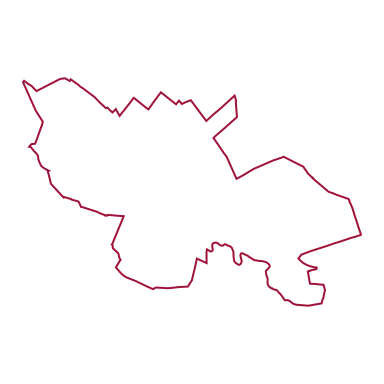 Rūjiena, Rujienas, Latvia
{"feature_id": "27541924B56820774497213", "entity_name": "Rūjiena", "entity_type": "district", "adm_level": 2, "iso_a3": "LVA", "parent_name": "Latvia", "parent_adm1": "Rujienas", "projection": "mercator", "projection_center": [25.348, 57.894], "detail": "fine", "context": "isolated", "style": "outline", "palette": "rose", "viewbox_px": 384, "rotation_deg": 0, "n_neighbors": 0, "source": "geoboundaries", "source_scale": "gbopen_adm2", "svg_char_len": 5496}
<svg xmlns="http://www.w3.org/2000/svg" viewBox="0 0 384 384"><path d="M29.2,146.8L30.5,146.9L31.9,148.3L33.5,150.5L37.0,154.2L37.5,154.9L37.9,155.8L38.2,157.5L38.3,159.0L39.4,162.1L40.3,164.1L40.9,165.5L42.3,166.9L43.6,167.9L45.4,169.0L48.9,170.8L47.8,171.3L47.9,171.7L48.7,174.6L51.0,183.9L62.2,196.1L63.5,197.3L63.6,196.9L69.2,198.5L71.5,199.2L71.6,199.6L78.4,201.5L79.4,203.3L81.1,206.9L81.3,206.8L84.5,207.8L96.5,211.6L101.0,213.7L105.1,215.1L105.0,215.5L106.9,215.7L107.1,215.3L107.6,215.3L107.8,214.9L108.1,214.9L115.8,215.6L119.7,215.9L123.7,216.2L118.0,230.1L112.1,244.4L111.9,244.6L112.1,244.7L112.2,244.8L112.3,245.0L112.5,245.4L112.7,245.9L112.8,246.4L112.7,247.4L112.8,248.0L113.2,248.5L113.7,249.0L116.4,251.6L116.5,251.5L117.3,252.3L118.4,253.7L118.6,254.5L119.3,257.6L120.3,259.7L120.5,259.8L115.9,267.3L120.0,272.2L122.9,275.1L123.0,275.2L125.8,277.0L127.1,277.7L128.4,278.1L129.4,278.6L129.5,278.6L135.6,281.0L144.4,285.2L145.9,286.0L153.1,289.2L153.3,288.9L156.1,287.5L159.4,287.7L167.0,288.2L169.7,288.1L171.2,287.9L171.9,287.9L176.5,287.3L181.6,286.9L183.6,286.8L187.9,286.6L188.1,286.3L191.6,280.7L191.8,280.4L192.0,280.1L192.0,279.9L193.1,275.3L193.9,271.7L194.9,267.8L195.0,267.1L195.8,263.7L196.9,258.6L206.6,263.1L206.5,252.0L207.0,249.4L207.7,249.8L208.5,250.3L209.4,250.9L210.5,251.4L211.7,251.3L212.4,250.7L212.7,249.6L212.7,248.5L212.4,247.5L212.3,246.1L212.2,245.4L212.3,244.6L212.6,244.0L213.1,243.5L213.6,243.1L214.6,242.7L215.6,242.6L216.7,242.8L218.0,243.4L219.2,244.5L219.9,245.0L220.8,245.4L222.0,245.7L223.2,245.5L224.1,244.6L224.9,244.2L225.5,244.3L226.6,244.9L228.1,245.8L230.0,246.2L230.6,246.7L231.7,247.7L232.0,248.2L232.5,249.6L233.4,251.6L233.6,256.4L234.0,260.1L234.6,261.7L236.0,263.2L237.1,263.8L238.0,264.5L239.0,264.9L240.4,264.2L241.4,262.6L241.7,260.9L241.2,259.0L240.7,257.1L240.4,255.2L240.8,253.8L241.9,253.1L244.0,254.1L246.8,255.3L248.9,256.6L249.2,257.0L249.7,257.2L250.2,257.6L250.7,257.9L251.7,258.4L254.1,260.1L255.8,260.4L258.5,260.8L262.1,261.1L265.6,262.0L267.9,263.3L269.6,265.1L269.7,266.8L268.7,268.0L267.6,269.3L266.2,270.4L265.8,271.7L266.0,272.5L266.3,275.1L267.2,277.2L267.7,279.1L267.6,281.2L267.5,282.9L267.7,284.1L268.2,285.2L268.7,286.0L269.3,286.9L269.4,287.0L269.5,287.1L269.8,287.3L270.0,287.3L270.2,287.5L270.3,287.5L270.5,287.7L270.7,287.8L270.9,287.9L271.0,288.0L271.3,288.1L271.5,288.2L271.7,288.3L271.9,288.4L272.0,288.4L272.0,288.5L272.3,288.6L272.5,288.7L272.8,288.8L273.0,288.9L273.0,289.0L274.5,289.6L275.7,289.9L275.8,289.9L276.0,289.9L276.3,290.0L276.5,290.0L276.9,290.3L277.0,290.4L277.2,290.6L277.3,290.8L277.4,291.0L281.1,294.9L284.5,299.8L284.7,300.0L284.9,300.1L285.0,300.2L285.4,300.2L285.6,300.3L285.7,300.2L285.9,300.2L286.0,300.2L287.0,300.1L287.4,300.1L287.5,300.2L287.9,300.2L288.0,300.3L288.3,300.4L288.5,300.4L288.6,300.5L288.8,300.5L289.0,300.6L291.5,302.5L291.8,302.7L291.9,302.8L292.0,302.9L292.2,303.0L292.3,303.2L292.5,303.3L292.8,303.4L293.0,303.5L293.3,303.7L293.4,303.8L293.6,303.9L293.8,304.0L294.0,304.0L294.3,304.2L294.5,304.2L294.6,304.3L294.8,304.4L295.0,304.4L295.2,304.5L295.3,304.5L295.5,304.5L295.9,304.6L296.1,304.6L296.4,304.7L296.6,304.7L297.0,304.8L302.0,305.2L308.2,305.7L309.1,305.6L321.6,303.4L322.7,299.1L323.2,298.4L325.0,289.9L323.5,284.8L315.5,284.0L310.0,283.7L309.2,279.5L308.3,274.0L307.8,271.5L309.7,271.0L309.6,270.7L310.3,270.5L312.1,270.0L313.1,269.8L316.5,269.1L316.5,268.9L316.6,267.5L315.1,267.4L311.9,266.7L310.0,266.2L306.6,264.9L304.1,263.5L302.9,262.8L299.9,260.1L298.5,258.6L301.2,254.7L305.2,253.2L311.7,250.8L322.6,247.3L327.9,245.6L334.5,243.3L339.7,241.7L347.5,239.1L347.8,239.0L350.4,238.1L354.4,237.0L360.0,235.2L360.6,235.0L361.0,234.7L360.6,233.5L360.1,232.0L359.8,231.1L359.4,230.0L359.0,228.7L358.5,227.4L358.3,226.9L358.1,226.0L357.7,224.8L357.3,223.6L357.0,222.5L356.6,221.3L356.5,220.8L356.2,220.0L355.9,219.2L355.5,218.1L355.1,216.7L354.7,215.5L354.4,214.7L354.1,213.5L353.9,212.7L353.5,211.6L353.1,210.4L352.8,209.4L352.6,208.7L352.3,207.8L351.9,206.8L351.4,205.7L350.8,204.4L350.3,203.3L349.8,202.2L349.3,201.1L349.1,200.2L348.9,199.5L348.6,199.0L335.8,194.5L335.2,194.2L332.6,193.1L328.6,191.8L312.6,178.2L312.8,177.8L312.2,177.5L308.1,173.7L303.9,167.6L303.4,166.9L303.1,166.6L286.7,158.3L283.4,156.7L282.1,157.5L280.2,158.1L275.2,159.8L273.0,160.5L265.5,163.8L260.6,165.9L260.0,166.2L254.0,168.7L253.5,169.0L252.9,169.4L247.7,172.5L242.1,175.9L240.9,176.5L236.5,178.8L232.6,170.1L226.9,157.3L226.5,156.6L223.7,152.9L222.6,151.2L219.4,146.5L213.5,138.0L215.9,135.6L218.9,133.1L219.2,132.8L225.6,127.2L231.2,122.2L236.8,117.2L236.9,116.0L236.5,111.2L236.3,108.5L235.9,103.2L235.9,101.9L236.1,101.4L236.0,100.3L235.7,99.2L235.3,97.9L234.6,95.6L229.7,100.1L221.6,107.5L219.6,109.2L217.3,111.2L213.4,114.4L206.3,121.0L195.8,106.9L190.8,100.2L184.8,102.5L181.9,104.0L179.7,101.4L178.9,100.7L176.1,104.3L171.6,100.8L166.7,96.9L161.4,92.7L160.9,92.3L155.8,99.1L153.0,102.9L152.8,103.2L148.4,109.4L145.3,107.1L139.6,102.5L133.9,97.9L133.7,97.8L129.6,103.3L119.6,115.9L115.8,109.1L112.5,112.5L109.4,109.7L107.5,107.6L105.8,108.1L99.6,102.3L94.6,97.1L82.8,88.2L81.4,87.4L80.5,86.9L79.2,85.5L70.7,79.3L69.8,81.0L65.0,78.3L60.2,78.9L48.3,85.0L36.5,91.1L31.6,86.0L28.0,83.7L24.1,80.8L23.0,82.2L23.9,84.1L35.8,110.8L42.4,121.1L42.8,121.9L42.4,123.2L41.8,125.7L41.3,126.6L37.0,138.8L36.7,139.6L35.1,143.7L33.5,143.9L33.0,144.0L32.2,144.0L31.6,144.1L31.2,144.5L30.8,144.9L30.2,145.5L29.2,146.8Z" fill="none" stroke="#9f1239" stroke-width="2"/></svg>